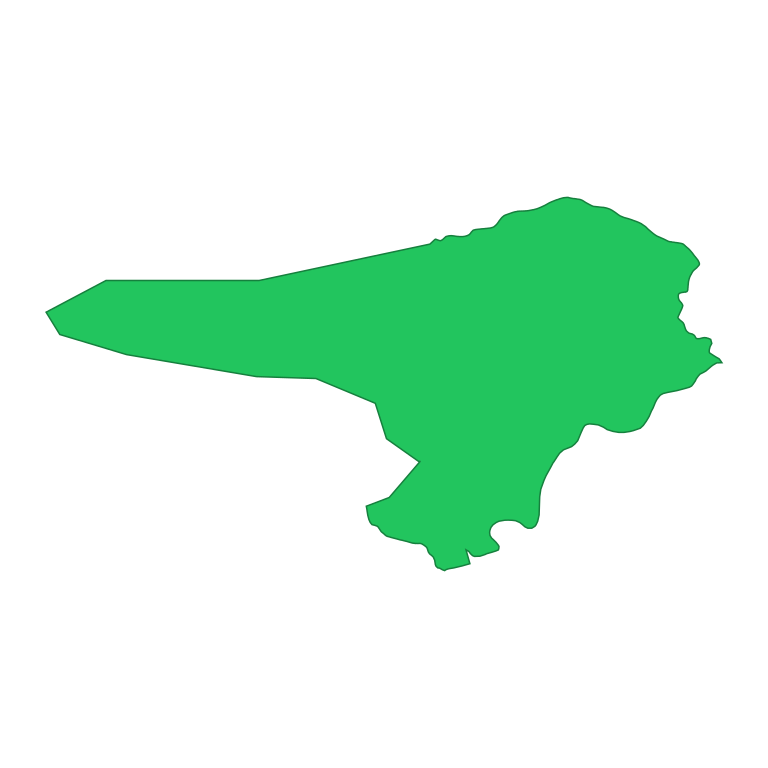 the district of Bazile, Dennery, Saint Lucia
{"feature_id": "8701671B50411660224690", "entity_name": "Bazile", "entity_type": "district", "adm_level": 2, "iso_a3": "LCA", "parent_name": "Saint Lucia", "parent_adm1": "Dennery", "projection": "mercator", "projection_center": [-60.918, 13.909], "detail": "fine", "context": "isolated", "style": "filled", "palette": "green", "viewbox_px": 768, "rotation_deg": 0, "n_neighbors": 0, "source": "geoboundaries", "source_scale": "gbopen_adm2", "svg_char_len": 6118}
<svg xmlns="http://www.w3.org/2000/svg" viewBox="0 0 768 768"><path d="M259.1,280.5L106.0,280.5L46.1,312.2L59.8,334.5L126.6,354.6L256.5,376.6L315.9,378.5L375.3,403.3L386.5,438.7L419.0,461.7L420.4,461.1L389.2,497.5L366.3,506.2L366.9,509.4L367.1,511.0L367.6,514.1L367.8,515.3L368.9,519.5L369.7,521.3L370.2,522.4L370.9,523.3L372.1,524.7L372.7,524.8L373.0,524.8L373.4,525.0L374.4,525.2L375.9,525.7L377.2,526.2L377.8,526.6L378.8,528.0L380.4,530.4L381.2,531.6L381.5,531.9L382.5,532.7L384.2,534.1L384.7,534.6L385.1,534.9L385.2,535.1L385.6,535.3L386.0,535.7L387.3,536.4L387.5,536.4L390.1,537.1L390.6,537.3L396.7,538.9L397.1,539.0L400.2,539.9L401.9,540.2L405.4,541.1L406.7,541.4L412.1,543.0L412.7,543.1L413.1,543.2L413.5,543.2L414.1,543.3L414.7,543.3L415.3,543.5L416.0,543.4L417.9,543.5L420.0,543.4L420.6,543.5L421.7,543.8L422.0,544.0L423.7,545.0L425.2,546.1L425.8,546.6L426.5,547.2L426.9,547.8L427.3,548.7L428.4,552.1L428.7,552.4L428.9,552.8L429.4,553.6L430.3,554.5L430.7,554.7L432.1,555.9L433.2,557.0L433.6,557.6L433.7,558.0L434.7,560.3L435.4,564.7L436.1,566.3L437.8,567.9L439.5,568.1L442.5,569.8L444.7,570.6L445.7,569.8L447.5,569.1L449.5,568.6L453.8,567.9L462.2,565.9L469.9,563.7L466.0,549.8L468.9,551.5L470.4,553.6L472.5,555.6L474.4,556.4L479.9,556.2L485.1,554.5L486.7,553.7L491.7,552.3L496.1,550.9L498.4,549.9L498.8,548.5L499.0,546.4L498.4,545.3L496.1,542.4L493.3,539.6L491.7,538.2L490.0,535.5L489.6,532.7L489.8,530.7L490.9,527.5L493.0,524.8L496.2,522.5L499.0,521.2L504.8,520.2L508.3,520.1L512.4,520.3L515.6,520.7L519.8,522.5L522.1,524.3L524.9,526.8L527.8,528.2L531.8,528.2L534.9,526.3L536.0,524.9L537.7,521.2L539.1,515.0L539.7,496.7L540.8,489.2L544.0,480.3L546.1,475.6L550.8,467.1L553.0,462.9L553.8,461.9L557.3,456.5L559.6,453.2L563.5,449.8L571.6,446.6L574.7,444.1L577.7,440.7L581.1,432.5L583.2,427.9L584.8,425.5L586.9,424.4L589.5,423.9L593.1,424.2L598.3,424.9L603.5,427.2L607.2,429.6L613.0,431.4L618.9,432.4L623.9,432.4L629.9,431.5L633.4,430.6L640.3,428.2L643.3,425.4L646.3,421.2L649.1,416.5L651.4,411.1L653.1,407.9L655.3,402.5L656.9,399.4L658.7,397.0L660.3,395.1L663.2,393.5L667.7,392.4L677.0,390.6L685.3,388.4L689.4,387.2L691.6,386.0L693.3,383.9L694.3,382.4L695.4,380.8L696.2,378.9L698.3,376.0L700.0,374.1L703.6,372.3L706.0,370.9L711.3,366.3L713.1,365.0L716.7,362.9L721.9,362.7L719.7,359.5L719.0,358.7L716.8,357.5L714.5,356.1L709.7,353.0L709.2,351.9L709.3,349.7L710.1,346.6L711.8,343.4L710.7,339.4L708.2,338.3L707.8,338.3L706.5,337.8L705.9,337.8L705.6,337.7L705.2,337.7L704.6,337.6L703.6,337.7L702.5,337.9L700.5,338.4L699.8,338.6L699.4,338.6L699.1,338.7L697.3,338.7L697.0,338.6L696.7,338.6L696.2,338.3L695.7,337.6L694.8,336.0L694.5,335.6L693.9,335.0L693.2,334.6L692.3,334.0L691.8,333.9L689.5,333.3L688.8,333.0L687.7,332.1L686.4,330.9L685.5,329.1L684.5,326.1L684.1,324.6L683.2,322.9L681.9,321.6L681.6,321.4L681.3,321.1L680.8,320.8L679.3,319.5L678.6,318.7L678.1,317.9L677.9,317.5L677.9,317.2L678.5,315.8L681.5,309.4L682.2,307.7L682.8,305.7L682.7,305.3L682.5,304.7L682.0,303.8L681.3,302.7L680.6,302.0L679.7,300.9L679.3,300.4L678.6,298.8L678.3,297.4L678.3,295.9L678.3,295.6L678.4,294.8L678.7,294.1L679.2,293.5L679.8,293.1L680.3,293.0L681.7,292.5L682.1,292.5L682.5,292.4L683.6,292.3L684.1,292.1L685.6,292.1L686.1,291.8L686.5,291.8L687.0,291.5L687.4,290.9L687.7,290.2L687.8,289.7L687.8,289.4L687.8,288.4L688.0,287.8L687.9,287.1L688.0,286.7L688.2,284.5L688.3,284.1L688.3,283.2L688.4,282.8L688.4,282.4L688.5,281.6L689.0,279.4L689.8,276.9L690.8,274.9L691.1,274.5L691.8,273.1L692.8,271.4L694.1,270.0L696.6,267.9L697.3,267.1L699.0,265.2L699.3,264.6L699.4,264.2L699.4,263.6L699.1,262.5L698.4,261.1L697.8,260.0L695.1,256.6L694.8,256.3L694.3,255.7L692.5,253.2L691.0,251.4L689.6,249.8L688.5,248.7L686.7,247.2L686.2,246.7L685.5,246.2L685.3,245.9L684.3,245.0L683.5,244.3L682.8,243.9L681.6,243.5L678.4,242.9L678.1,242.9L676.5,242.6L675.8,242.6L673.6,242.2L672.8,242.2L671.9,242.0L671.2,241.8L670.4,241.8L670.0,241.7L668.9,241.5L667.9,241.1L666.5,240.4L663.9,239.1L660.7,237.7L660.3,237.5L659.8,237.3L659.6,237.2L659.1,237.0L658.6,236.8L658.2,236.6L657.4,236.3L655.7,235.3L653.3,233.6L652.5,232.9L652.2,232.7L648.0,229.1L645.6,226.7L642.1,224.3L641.3,223.7L638.6,222.4L636.1,221.4L632.7,220.2L631.8,219.8L630.8,219.5L628.4,218.7L624.0,217.5L620.6,216.1L620.1,215.9L619.1,215.2L618.7,215.0L615.5,212.6L612.2,210.4L611.6,210.1L610.9,209.7L609.7,209.1L608.0,208.5L607.4,208.3L606.0,207.9L603.6,207.4L601.6,207.3L601.0,207.2L600.7,207.2L597.5,206.8L597.2,206.8L596.7,206.7L596.4,206.7L595.6,206.6L593.5,206.4L592.6,206.1L591.1,205.4L588.8,204.2L587.7,203.6L585.7,202.5L583.7,201.2L582.4,200.4L580.5,199.6L579.6,199.4L579.1,199.3L577.3,199.1L576.4,198.9L574.9,198.7L574.5,198.6L573.5,198.6L571.8,198.3L569.3,197.8L568.1,197.4L567.0,197.4L566.3,197.5L565.0,197.6L563.3,197.8L559.7,198.8L557.9,199.5L556.4,199.9L551.6,201.8L549.4,202.8L544.8,205.4L542.4,206.5L540.9,207.2L539.4,207.8L539.0,208.0L536.9,208.8L533.5,209.7L532.1,209.9L531.4,210.1L530.7,210.2L530.3,210.3L529.6,210.4L528.7,210.6L526.0,210.9L525.3,210.9L524.5,211.0L518.6,211.2L518.2,211.3L517.5,211.3L517.0,211.5L515.1,211.8L512.9,212.4L505.5,215.0L504.2,215.6L503.8,215.9L502.1,217.3L501.2,218.3L499.4,220.6L499.0,221.1L498.5,222.0L498.1,222.4L497.9,222.8L496.7,224.3L495.7,225.3L495.0,225.9L494.5,226.3L494.3,226.5L493.8,226.9L493.1,227.2L492.6,227.4L491.1,227.8L490.5,228.0L489.6,228.1L488.9,228.2L488.3,228.2L487.9,228.3L486.9,228.4L486.3,228.5L485.7,228.5L484.2,228.7L481.3,228.9L480.7,229.0L480.0,229.0L479.6,229.2L478.5,229.2L477.0,229.4L475.9,229.5L475.5,229.6L475.0,229.7L474.5,229.9L473.8,230.0L473.1,230.3L472.6,230.8L471.8,231.7L471.4,232.0L470.3,233.6L469.9,233.9L469.4,234.5L469.1,234.7L468.5,235.0L467.3,235.6L465.0,236.3L463.5,236.5L462.8,236.6L459.3,236.6L458.8,236.5L456.7,236.4L455.9,236.2L455.3,236.2L455.0,236.1L453.7,235.9L452.3,235.8L452.0,235.7L451.1,235.7L450.5,235.7L448.5,235.9L447.9,236.1L447.1,236.2L446.4,236.5L445.9,236.6L443.8,238.5L443.0,239.3L441.5,240.3L440.8,240.6L440.3,240.7L439.6,240.6L436.9,239.7L436.6,239.5L435.9,239.3L435.7,239.2L435.5,239.3L434.9,239.5L429.9,244.1L259.1,280.5Z" fill="#22c55e" stroke="#15803d" stroke-width="1.5"/></svg>